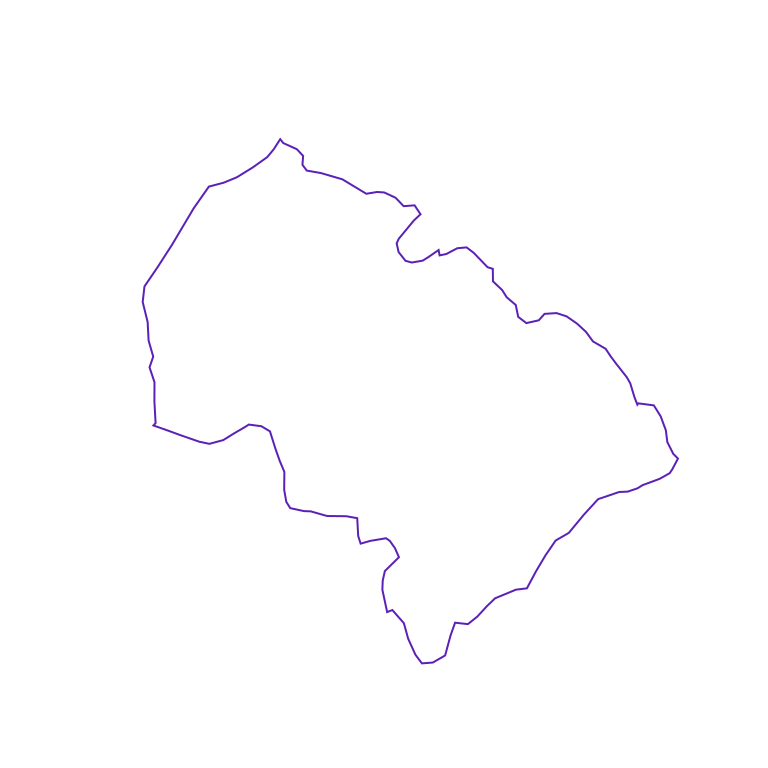 Anglisides, Larnaca, Cyprus, rotated 328°
{"feature_id": "46923920B38878659010420", "entity_name": "Anglisides", "entity_type": "district", "adm_level": 2, "iso_a3": "CYP", "parent_name": "Cyprus", "parent_adm1": "Larnaca", "projection": "natural_earth1", "projection_center": [33.461, 34.857], "detail": "fine", "context": "isolated", "style": "outline", "palette": "violet", "viewbox_px": 768, "rotation_deg": 328, "n_neighbors": 0, "source": "geoboundaries", "source_scale": "gbopen_adm2", "svg_char_len": 1870}
<svg xmlns="http://www.w3.org/2000/svg" viewBox="0 0 768 768"><g transform="rotate(328 384 384)"><path d="M166.5,297.0L177.1,310.3L184.4,319.7L196.8,335.1L204.2,342.2L218.0,346.4L229.5,346.4L243.3,346.8L247.9,346.8L257.6,354.8L262.2,363.7L257.6,381.5L254.8,394.1L252.9,405.8L243.3,420.8L238.7,432.1L238.7,439.6L248.8,449.4L254.3,453.1L265.8,465.8L281.9,476.1L290.2,483.6L281.9,498.6L281.5,499.5L279.6,507.0L289.3,509.8L304.0,515.9L305.8,520.1L306.3,529.0L304.9,538.8L285.6,543.1L278.7,550.1L273.6,557.6L265.8,579.1L271.3,580.1L274.1,597.4L269.5,612.9L267.2,630.2L268.1,641.0L277.8,646.1L278.5,646.1L292.0,646.6L307.2,632.5L317.8,624.1L327.9,632.1L339.9,630.7L353.7,626.9L364.7,624.6L386.8,628.3L396.9,633.0L414.0,623.2L430.5,614.7L435.4,612.6L446.6,607.7L461.8,608.2L484.4,600.7L504.6,595.1L526.2,600.2L533.6,604.4L543.7,606.8L549.7,606.8L567.6,610.5L579.1,611.0L583.3,609.1L593.8,603.0L592.3,596.6L593.5,583.4L598.5,572.6L601.5,558.0L601.5,545.1L589.4,535.2L587.9,535.8L589.4,528.0L593.2,513.9L593.5,507.0L591.7,490.5L590.9,480.9L590.6,471.6L583.8,458.7L582.9,446.8L579.7,435.1L574.7,423.4L567.9,415.3L557.3,409.6L549.0,412.0L537.0,407.8L533.4,398.2L537.6,386.8L534.0,375.4L534.0,367.0L530.8,354.7L537.3,344.0L533.7,339.8L529.6,320.3L526.4,311.9L518.1,307.7L505.8,306.8L499.3,304.4L501.3,299.3L488.7,299.9L482.2,299.9L471.9,295.7L467.5,290.9L466.3,279.8L469.3,271.4L473.4,268.7L495.8,261.2L504.9,259.4L504.6,248.7L494.9,243.6L492.5,232.2L485.7,221.7L479.9,217.5L469.8,213.3L462.8,199.5L457.2,188.4L442.2,171.6L431.6,162.1L431.0,154.9L436.3,147.7L434.5,138.7L426.3,126.4L425.7,121.4L414.9,126.5L405.3,129.7L387.3,130.8L368.7,130.7L354.6,128.3L340.1,123.8L315.6,134.2L278.0,153.6L254.0,164.9L232.6,174.3L222.8,186.6L216.4,206.2L207.4,222.4L202.8,238.5L194.0,245.6L190.3,260.9L180.0,277.2L169.6,296.1L166.5,297.0Z" fill="none" stroke="#5b21b6" stroke-width="2"/></g></svg>